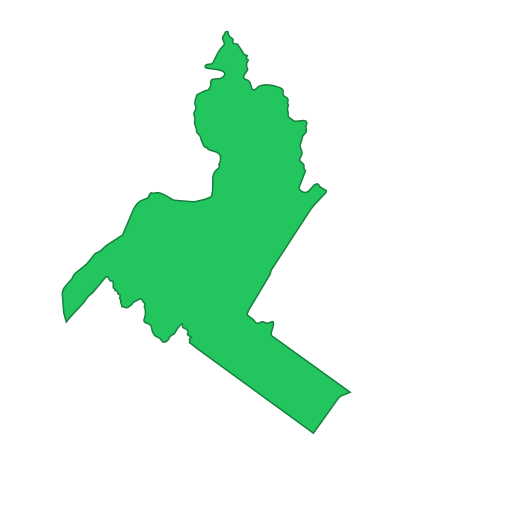 the Department of Chuquisaca, rotated 36°
{"feature_id": "BOL-1292", "entity_name": "Chuquisaca", "entity_type": "Department", "adm_level": 1, "iso_a3": "BOL", "parent_name": "Bolivia", "parent_adm1": "", "projection": "robinson", "projection_center": [-64.786, -19.94], "detail": "fine", "context": "isolated", "style": "filled", "palette": "green", "viewbox_px": 512, "rotation_deg": 36, "n_neighbors": 0, "source": "natural_earth", "source_scale": "10m", "svg_char_len": 6104}
<svg xmlns="http://www.w3.org/2000/svg" viewBox="0 0 512 512"><g transform="rotate(36 256 256)"><path d="M412.3,310.9L410.3,314.0L407.0,319.4L406.2,322.1L406.6,365.6L263.5,365.5L255.2,365.2L253.3,365.2L253.3,364.9L251.6,363.1L250.9,362.0L251.1,361.0L251.8,359.8L251.1,359.6L250.1,359.8L249.6,360.0L247.0,359.9L246.2,359.3L245.9,357.4L245.2,356.7L243.4,356.3L241.5,356.2L240.1,356.7L239.1,356.9L237.8,356.0L236.7,354.7L236.1,354.3L235.4,356.2L235.3,356.7L235.2,357.7L235.1,360.2L235.6,366.4L235.6,366.9L235.5,367.6L235.1,368.2L234.5,369.1L234.1,370.8L233.7,371.7L233.7,372.2L234.1,373.7L234.2,374.3L234.1,376.3L234.0,377.0L233.8,377.5L233.6,378.0L233.0,379.0L232.5,379.5L231.6,380.1L231.0,380.3L230.2,380.2L227.8,379.4L226.7,379.2L221.3,379.9L219.7,379.5L216.4,377.9L213.2,375.0L212.4,374.4L211.9,374.2L210.8,373.9L210.2,373.9L208.5,374.2L205.7,374.9L204.9,375.0L204.3,374.9L203.9,374.6L203.5,374.3L203.2,373.9L202.9,373.5L200.8,368.1L200.5,367.7L197.8,364.3L197.4,364.0L195.7,362.9L195.4,362.6L195.2,362.1L194.7,360.6L194.4,360.1L194.1,359.8L193.7,359.6L193.2,359.5L192.1,359.5L191.5,359.4L191.1,359.2L189.8,358.5L189.4,358.3L188.9,358.2L188.2,358.4L187.6,358.9L186.7,360.3L185.9,361.9L184.6,364.1L184.1,365.6L183.9,366.9L184.0,368.7L183.8,369.3L183.2,370.7L183.0,371.3L182.8,372.5L182.4,373.2L181.8,373.8L180.3,374.6L178.6,375.1L177.5,375.7L177.1,375.6L176.7,375.3L176.1,374.6L175.7,374.3L174.4,373.5L174.0,373.3L173.6,372.9L172.9,371.7L172.6,371.4L172.2,371.1L171.7,370.8L170.7,370.5L170.3,370.2L169.9,368.6L169.6,368.1L169.3,367.8L168.8,367.6L168.2,367.6L167.1,367.7L166.6,367.6L166.2,367.4L165.8,367.2L165.1,366.5L164.7,366.2L164.2,366.1L163.6,366.2L162.8,366.6L162.4,366.7L162.0,366.6L161.7,366.3L161.1,365.5L160.5,365.5L159.9,365.7L159.2,365.6L156.4,361.8L155.7,361.1L155.2,360.9L154.7,360.9L154.2,361.1L153.0,361.6L152.4,361.7L151.9,361.6L150.4,361.1L149.9,360.8L148.8,360.0L148.2,360.0L147.7,360.2L147.2,361.0L146.9,361.6L146.7,362.3L145.5,381.2L144.1,386.9L143.9,388.0L143.9,392.1L144.1,394.2L141.6,415.0L141.3,420.9L133.9,415.0L121.3,400.2L119.7,396.3L119.6,395.8L119.5,393.2L120.5,382.4L120.4,381.8L120.1,380.7L119.9,379.6L119.8,378.2L120.0,376.0L123.8,361.7L124.4,348.7L126.7,344.4L127.4,342.6L128.5,336.6L128.9,335.1L135.7,317.4L129.4,290.0L129.2,287.8L129.1,284.2L129.2,283.2L130.1,279.8L130.5,278.8L131.0,277.9L134.0,273.4L134.4,271.7L133.9,269.9L133.8,269.4L133.8,267.2L134.1,266.5L134.6,266.2L135.6,265.9L136.0,265.7L136.4,265.4L137.9,263.7L139.7,262.2L141.8,261.3L144.5,260.8L146.5,260.2L155.7,259.4L157.2,258.9L174.1,248.6L181.1,240.5L184.1,235.9L184.9,234.5L184.3,232.4L182.3,228.3L174.7,217.4L173.8,215.3L173.3,213.4L173.2,211.4L173.5,209.3L173.9,207.5L174.1,206.7L174.0,205.7L173.7,205.1L173.1,204.3L172.5,203.6L172.2,203.7L171.8,201.5L170.8,199.2L169.4,197.1L167.9,195.7L165.5,195.0L162.8,195.2L155.8,197.7L153.8,197.7L153.6,197.5L153.3,197.1L152.9,196.9L152.3,197.4L150.5,198.0L148.3,197.2L142.8,193.8L141.4,192.6L139.9,191.7L135.9,190.9L134.4,189.8L133.2,188.4L128.7,185.1L127.7,183.9L125.7,180.5L123.3,178.6L122.0,177.3L121.5,176.1L121.1,173.3L120.7,172.0L120.2,171.2L119.6,170.6L116.7,168.5L115.3,165.7L113.6,160.7L113.6,160.1L113.7,159.7L114.1,158.8L117.9,151.9L118.5,151.2L119.6,150.1L119.9,149.5L120.0,149.0L119.8,148.5L119.6,147.4L119.5,146.0L119.2,144.8L118.7,143.8L118.0,143.0L117.2,142.3L117.1,142.0L116.8,141.5L116.6,140.3L116.7,139.4L116.9,138.8L117.0,138.6L120.3,135.5L121.7,134.5L122.3,133.9L122.9,133.1L123.8,131.3L124.1,130.1L124.3,129.0L124.1,128.0L123.9,127.4L123.5,126.9L123.1,126.5L122.6,126.3L122.0,126.1L121.6,126.0L121.1,126.0L117.2,127.0L115.4,127.8L105.6,133.1L105.1,133.2L104.7,133.3L104.2,133.2L103.6,132.8L103.3,132.3L103.2,131.5L103.3,130.9L103.6,130.3L103.9,129.8L104.3,129.4L106.4,127.4L107.1,126.5L107.5,125.5L107.6,125.1L105.7,113.9L105.5,109.6L106.0,104.6L105.9,103.5L105.7,102.8L104.7,102.0L102.8,101.0L102.2,100.6L101.5,100.0L100.7,98.9L100.4,98.3L100.3,97.7L100.3,96.7L99.7,93.0L99.9,92.1L100.2,91.7L100.7,91.4L101.2,91.2L101.7,91.1L102.1,91.3L102.3,91.6L102.5,92.4L102.7,92.8L103.1,93.0L104.2,93.2L104.7,93.4L105.1,93.7L105.6,94.0L106.2,94.1L108.9,94.0L109.5,94.1L110.1,94.4L110.4,94.7L110.7,95.1L111.1,96.1L111.4,96.7L111.8,97.1L112.3,97.3L112.9,97.3L113.4,97.1L115.9,95.8L116.5,95.6L116.9,95.5L117.3,95.7L118.0,96.1L124.9,98.6L126.9,99.7L128.3,99.8L131.3,99.1L131.5,100.1L131.5,101.0L131.9,102.1L132.7,102.1L133.7,101.8L134.7,102.1L135.2,105.6L135.8,106.6L136.7,107.8L137.7,108.7L138.7,109.2L139.7,110.2L140.0,112.7L140.0,115.5L140.2,117.6L141.4,119.1L143.0,119.4L146.4,118.6L148.1,118.8L149.7,119.6L153.8,122.7L155.0,123.2L156.2,123.1L157.3,122.0L157.8,120.6L158.4,117.6L159.1,116.2L160.0,115.0L162.0,112.9L165.4,110.3L170.3,107.8L176.7,105.7L178.7,105.5L180.4,106.0L181.1,106.7L182.1,108.5L182.7,109.3L184.5,110.0L188.9,110.0L190.5,111.2L191.6,113.5L192.4,114.4L193.5,114.8L193.6,115.3L194.9,118.3L195.7,119.3L197.4,120.8L198.2,121.7L199.6,123.7L200.4,124.3L201.7,124.5L206.2,124.5L207.7,124.3L208.8,123.8L214.9,118.4L216.9,117.6L218.8,118.3L219.3,119.0L220.1,121.6L220.6,122.4L222.5,124.3L223.3,125.6L223.7,126.9L223.6,128.2L223.4,129.7L223.4,131.4L223.7,132.8L225.0,135.4L225.4,136.8L226.1,139.6L226.8,140.8L228.6,142.5L230.5,143.6L232.2,144.9L233.5,147.2L233.8,148.6L233.9,150.0L234.2,151.4L234.8,152.5L235.9,153.2L237.2,153.5L239.9,153.7L241.2,154.2L242.1,155.1L242.8,156.3L243.8,157.4L244.5,157.6L245.1,157.7L245.7,158.0L246.2,158.8L250.0,173.0L250.2,174.3L250.6,175.4L251.4,176.2L252.8,176.7L254.4,176.8L256.1,176.7L257.4,176.3L258.6,175.6L259.4,174.7L260.1,173.5L260.5,172.1L261.3,164.6L262.4,162.4L263.5,161.5L264.6,161.5L266.9,162.3L268.8,162.4L274.5,161.7L275.3,163.4L273.1,180.6L272.9,186.8L276.6,258.3L276.9,259.4L278.2,262.6L281.9,304.3L283.1,308.7L285.1,309.0L290.7,309.0L294.8,310.0L295.7,310.0L296.5,309.8L296.9,309.5L297.5,308.9L299.0,306.4L299.7,305.6L300.4,305.1L301.3,304.8L303.1,304.5L303.8,304.2L304.3,303.9L305.5,302.8L306.1,302.1L307.1,300.3L307.7,299.5L308.5,299.1L309.7,300.1L310.9,302.2L313.6,309.3L314.3,310.7L315.1,311.0L315.9,311.3L412.3,310.9Z" fill="#22c55e" stroke="#15803d" stroke-width="1.5"/></g></svg>